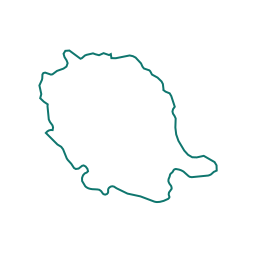 an SVG outline of Tarn, rotated 16°
{"feature_id": "FRA-5346", "entity_name": "Tarn", "entity_type": "Metropolitan department", "adm_level": 1, "iso_a3": "FRA", "parent_name": "France", "parent_adm1": "", "projection": "robinson", "projection_center": [2.231, 43.789], "detail": "fine", "context": "isolated", "style": "outline", "palette": "teal", "viewbox_px": 256, "rotation_deg": 16, "n_neighbors": 0, "source": "natural_earth", "source_scale": "10m", "svg_char_len": 2039}
<svg xmlns="http://www.w3.org/2000/svg" viewBox="0 0 256 256"><g transform="rotate(16 128 128)"><path d="M89.7,63.1L91.1,61.7L92.8,65.4L97.0,64.3L109.6,57.8L112.9,57.6L115.9,58.2L122.7,62.3L125.0,65.0L126.9,66.4L132.6,66.7L133.7,67.3L136.3,70.0L142.5,71.4L147.4,74.0L149.4,76.1L151.4,80.9L151.5,81.7L154.0,82.7L158.5,83.2L160.8,85.4L167.1,94.7L166.1,97.5L166.2,99.9L167.3,101.8L169.4,103.6L171.2,105.7L173.4,114.5L176.1,120.9L180.0,126.4L188.3,134.2L193.1,137.2L197.8,138.4L202.2,137.3L208.5,133.9L220.6,136.9L223.4,139.5L225.0,144.5L222.6,146.5L220.6,149.7L219.4,150.8L218.2,151.6L202.8,157.7L200.7,157.9L199.4,157.5L193.4,154.6L192.2,154.3L190.5,154.0L188.6,153.9L185.3,154.2L184.0,155.0L183.4,156.1L183.2,157.2L182.9,158.2L181.6,160.2L181.3,161.2L181.4,163.4L181.1,165.7L181.2,166.8L181.5,168.0L182.3,169.1L183.2,170.1L185.4,171.8L186.2,173.0L186.7,174.4L185.6,177.5L185.4,178.0L185.3,178.3L185.2,178.8L185.3,179.8L185.5,180.8L186.1,181.8L186.5,182.3L186.8,182.8L186.9,183.5L186.2,185.0L182.4,188.2L179.0,190.2L176.3,191.2L175.2,191.4L173.7,191.5L158.8,190.3L145.6,191.2L133.6,189.1L130.7,188.2L129.1,188.3L127.8,188.9L126.9,189.8L126.2,190.8L125.9,191.8L125.9,192.9L126.6,195.1L126.5,196.2L125.9,197.3L124.5,198.3L123.3,198.4L122.1,198.1L119.6,196.1L117.5,195.3L115.5,195.5L110.3,196.7L108.4,196.9L106.7,196.9L105.4,196.7L104.1,196.3L103.0,195.8L98.5,191.6L97.6,188.7L97.8,185.9L98.9,183.6L100.6,182.2L101.5,180.6L100.2,178.4L97.9,176.7L95.7,176.2L94.3,177.0L91.7,180.6L89.1,181.8L87.1,181.3L83.3,178.0L78.9,175.3L77.5,174.1L71.5,166.4L69.0,164.5L64.7,163.3L50.4,155.4L51.4,153.5L52.7,152.1L54.3,151.2L56.1,150.8L55.8,148.1L54.7,146.3L51.3,143.7L49.5,141.6L44.6,129.2L44.3,127.4L39.8,125.9L35.4,123.6L35.3,119.3L31.1,111.5L32.0,105.5L31.9,103.9L31.0,100.1L31.5,98.5L33.1,97.6L39.2,97.9L40.6,97.2L44.0,92.7L49.6,88.7L51.9,85.9L52.1,82.3L50.3,79.9L47.4,77.3L45.6,74.4L46.5,71.1L50.3,69.7L63.2,74.5L64.4,73.6L66.6,70.2L68.0,69.1L73.8,65.9L76.4,66.1L80.1,66.0L83.9,62.8L89.7,63.1Z" fill="none" stroke="#0f766e" stroke-width="2"/></g></svg>